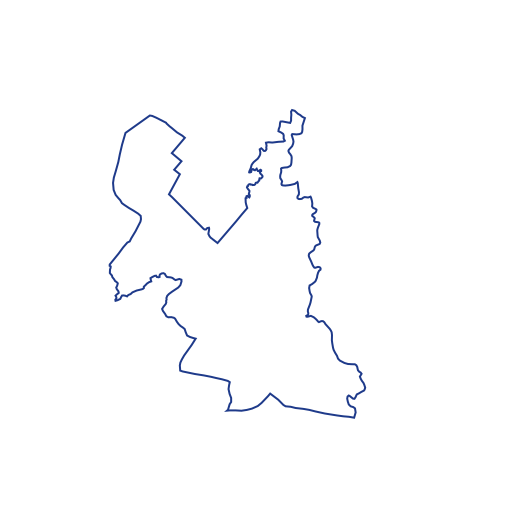 outline of Pur Rieng, Prey Vêng, Cambodia, rotated 220°
{"feature_id": "14789045B26766216675918", "entity_name": "Pur Rieng", "entity_type": "district", "adm_level": 2, "iso_a3": "KHM", "parent_name": "Cambodia", "parent_adm1": "Prey Vêng", "projection": "mercator", "projection_center": [105.263, 11.512], "detail": "fine", "context": "isolated", "style": "outline", "palette": "blue", "viewbox_px": 512, "rotation_deg": 220, "n_neighbors": 0, "source": "geoboundaries", "source_scale": "gbopen_adm2", "svg_char_len": 6124}
<svg xmlns="http://www.w3.org/2000/svg" viewBox="0 0 512 512"><g transform="rotate(220 256 256)"><path d="M300.1,379.2L300.4,380.7L301.8,382.9L304.2,385.7L307.2,393.1L309.9,392.4L312.7,392.4L315.3,391.9L319.7,392.1L322.2,391.0L321.9,389.1L319.7,386.9L318.1,384.6L316.1,382.2L315.4,379.9L322.2,376.1L323.6,374.8L323.1,373.4L321.1,370.5L320.1,367.7L319.0,366.0L316.0,366.8L313.7,367.0L312.4,366.3L310.4,363.8L308.0,362.8L308.6,361.3L312.3,357.8L316.4,353.4L319.5,351.2L321.2,349.2L318.8,347.3L317.8,345.6L316.7,344.7L316.4,343.3L316.6,342.3L317.4,341.6L318.2,341.6L319.5,341.9L321.2,341.9L321.4,341.2L321.7,340.1L319.3,338.2L318.0,336.3L317.5,334.4L317.2,331.7L318.1,326.6L318.1,324.6L317.8,322.7L316.6,320.2L316.2,319.0L315.5,316.5L315.0,315.7L314.4,316.0L313.7,317.2L314.2,318.2L314.7,319.6L314.3,320.6L313.5,320.8L312.8,320.6L311.9,321.0L311.6,323.3L310.1,322.6L309.2,322.3L308.3,322.9L308.3,324.1L307.9,325.0L307.1,325.0L306.6,324.3L306.9,323.5L306.9,322.7L306.3,322.2L305.4,321.9L304.0,321.9L302.3,321.4L301.8,320.4L302.1,318.4L303.2,317.8L302.7,316.7L302.0,315.9L302.2,315.0L302.0,313.1L302.8,312.6L303.2,311.9L302.7,310.4L303.0,309.3L304.3,308.1L305.1,308.1L305.9,307.3L306.6,307.3L307.3,306.7L307.6,305.7L307.1,304.5L307.5,303.8L307.0,302.7L305.4,302.2L302.9,301.7L302.3,300.9L301.7,299.5L301.2,298.7L300.2,298.7L299.6,298.3L299.0,297.5L298.8,296.6L299.7,296.5L301.0,296.6L301.7,295.8L301.3,294.8L300.6,294.4L301.1,293.5L298.4,290.5L296.6,289.1L293.5,287.1L293.6,278.5L293.5,269.5L293.8,241.2L302.6,240.9L304.2,241.2L306.7,242.3L309.2,246.6L310.2,247.4L311.3,246.1L311.4,244.1L312.5,243.2L313.5,243.1L358.1,247.1L362.3,247.3L366.9,269.7L374.1,269.5L374.0,280.7L386.6,280.7L386.5,300.8L389.8,300.8L396.0,299.9L403.0,299.9L405.5,299.8L409.8,300.0L410.5,300.3L421.4,297.8L425.5,296.6L427.6,295.4L435.1,266.4L430.2,255.3L425.7,246.4L421.9,239.5L417.9,230.7L415.3,224.7L412.5,220.1L407.5,215.1L402.8,212.6L398.9,211.9L395.9,211.5L392.7,210.3L389.7,210.5L384.3,211.1L379.0,212.0L373.5,212.7L370.1,212.6L367.8,210.3L366.6,208.0L364.2,197.5L362.9,189.2L362.1,186.0L363.2,183.6L363.3,177.3L362.8,169.5L362.6,155.5L361.8,154.4L360.6,154.6L359.7,153.3L359.2,151.9L358.1,150.4L357.0,149.0L355.1,148.6L353.9,148.5L352.5,147.5L349.5,146.9L348.1,146.3L346.5,146.4L344.8,146.4L344.2,146.1L343.2,143.8L342.8,142.0L341.3,141.1L339.0,140.6L337.9,140.0L337.4,139.4L337.9,137.2L338.1,135.3L336.6,134.7L335.8,134.0L335.6,132.0L334.8,131.4L333.6,133.2L332.4,135.9L332.9,137.7L333.2,139.6L332.1,140.7L330.5,141.6L328.8,142.2L328.8,143.6L328.2,145.2L327.6,146.1L327.3,148.7L325.2,152.9L322.2,156.9L321.5,158.1L321.3,159.4L322.2,160.4L321.9,162.8L321.8,164.8L321.1,167.2L319.9,169.2L321.4,170.2L322.6,171.2L321.9,173.3L320.9,175.6L319.9,176.7L318.5,176.2L316.9,177.1L316.4,178.0L317.2,178.8L317.7,180.0L317.1,181.9L315.9,183.3L314.4,183.7L312.3,182.9L310.6,182.7L307.6,184.8L305.9,185.5L303.3,185.6L302.1,185.9L300.0,189.1L297.9,189.9L296.7,188.6L295.2,185.0L295.3,181.8L297.4,174.6L298.3,170.8L298.4,168.4L297.6,166.2L296.5,165.2L296.0,163.8L294.9,162.8L294.3,161.2L294.3,157.9L293.9,155.1L292.0,154.1L288.4,153.2L285.9,152.2L283.8,152.7L281.6,154.7L279.2,155.9L277.7,156.0L274.4,154.8L271.6,154.1L268.8,153.9L265.9,154.2L263.7,154.2L260.8,152.4L257.7,150.8L254.6,151.5L251.4,152.8L249.1,153.9L248.1,146.5L247.1,133.6L246.3,129.1L245.4,125.7L244.0,123.2L240.4,119.5L238.0,120.4L227.0,126.3L219.2,131.0L212.7,134.6L208.3,136.8L202.8,139.7L197.3,142.2L195.0,142.5L193.6,139.8L191.5,136.4L187.6,133.4L183.8,131.3L181.2,128.2L180.9,125.5L178.6,120.2L178.8,118.9L176.9,120.8L172.4,124.6L167.7,128.1L164.0,132.3L161.0,136.5L158.2,142.2L157.3,147.0L156.7,156.3L156.7,159.7L146.6,160.2L139.2,159.5L136.7,159.9L132.5,162.8L128.0,165.0L121.5,169.3L116.2,172.4L110.6,175.1L102.0,179.6L91.5,185.9L86.1,189.3L81.4,192.6L76.9,195.2L79.1,200.2L82.2,202.9L84.3,202.8L86.9,201.7L89.5,201.9L92.1,203.5L94.5,205.4L95.5,207.2L95.3,208.7L94.4,209.0L90.0,209.1L88.8,209.9L89.0,211.8L89.6,213.9L89.8,214.8L88.9,216.8L87.9,219.7L86.8,222.3L86.9,223.3L87.7,225.3L90.2,226.9L92.0,227.8L94.9,228.5L96.9,229.3L98.9,230.4L99.4,233.6L101.0,234.0L102.4,233.7L104.4,234.0L105.8,235.0L107.0,236.0L108.9,236.8L110.7,236.6L113.5,234.3L114.4,233.7L116.1,232.4L119.5,230.9L124.5,229.8L127.2,230.1L129.8,231.6L133.1,232.7L136.2,234.0L138.1,235.3L141.3,238.0L143.7,240.2L146.9,244.2L149.0,246.2L150.7,247.0L152.7,247.6L159.2,248.5L159.9,248.8L161.3,249.2L162.9,249.1L164.1,248.1L165.3,245.8L166.4,245.7L167.9,246.0L170.1,246.2L172.4,246.2L175.5,245.4L177.4,242.7L178.3,242.0L179.0,242.4L178.4,244.3L178.6,245.1L179.4,246.0L180.7,246.9L181.8,248.4L183.5,253.4L184.4,255.5L187.2,260.7L188.1,261.4L190.8,262.4L192.4,263.6L194.7,265.6L196.0,267.9L195.0,270.5L194.3,273.9L194.3,275.2L195.4,278.6L196.6,280.6L197.7,283.1L198.2,285.2L197.8,286.9L198.3,287.8L199.2,288.3L200.1,288.3L201.5,287.5L203.1,285.0L203.8,284.6L205.3,284.9L207.1,285.6L210.1,287.2L213.8,288.9L215.1,289.6L216.1,290.5L216.8,292.0L216.5,293.9L215.6,297.1L215.6,298.3L216.8,300.9L216.9,301.8L216.7,302.9L215.4,305.3L215.0,306.2L215.4,307.6L217.1,308.8L220.8,310.2L222.0,311.3L225.4,314.8L226.0,315.7L226.8,317.5L228.0,321.1L228.7,322.0L229.5,322.1L230.8,321.4L232.1,320.5L232.9,320.1L234.1,320.2L235.3,322.7L236.3,322.9L238.8,322.9L239.3,323.6L239.4,324.5L238.6,326.8L238.4,328.1L238.9,329.6L239.5,330.4L240.3,330.4L243.4,329.6L245.0,330.1L245.5,330.9L246.6,332.4L247.8,333.5L248.9,334.4L251.4,336.1L252.4,336.5L252.9,335.6L253.7,334.3L256.6,332.4L257.3,331.1L257.7,329.2L259.1,327.7L260.2,327.0L261.6,327.1L262.3,328.0L262.6,329.0L262.7,330.6L264.0,332.4L267.1,335.0L270.9,338.7L271.8,339.2L272.2,337.8L272.6,336.2L275.2,332.7L276.4,331.3L278.8,328.8L280.0,327.9L280.9,327.3L281.8,327.0L282.8,327.5L284.0,330.0L286.1,330.9L287.2,331.1L287.8,331.6L288.8,332.7L289.5,333.8L290.5,336.2L291.4,337.5L293.0,339.1L292.8,340.0L291.2,341.9L288.9,344.2L287.7,346.8L287.8,348.4L288.9,350.3L291.7,354.1L293.0,355.3L295.0,356.0L297.2,356.4L298.7,357.3L299.1,358.4L298.9,363.4L299.7,365.8L300.8,367.7L302.2,368.9L306.4,371.6L306.6,372.7L303.1,375.2L301.1,377.3L300.1,379.2Z" fill="none" stroke="#1e3a8a" stroke-width="2"/></g></svg>